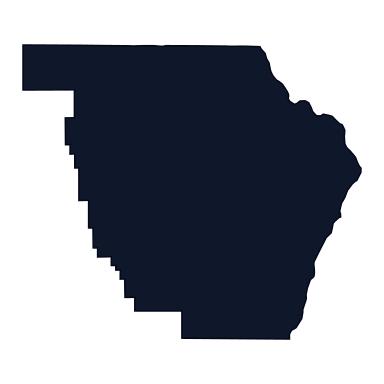 Wallowa, Oregon, United States of America
{"feature_id": "52423323B53292465895893", "entity_name": "Wallowa", "entity_type": "district", "adm_level": 2, "iso_a3": "USA", "parent_name": "United States of America", "parent_adm1": "Oregon", "projection": "mercator", "projection_center": [-116.925, 45.54], "detail": "fine", "context": "isolated", "style": "filled", "palette": "ink", "viewbox_px": 384, "rotation_deg": 0, "n_neighbors": 0, "source": "geoboundaries", "source_scale": "gbopen_adm2", "svg_char_len": 2062}
<svg xmlns="http://www.w3.org/2000/svg" viewBox="0 0 384 384"><path d="M289.5,339.0L289.4,335.8L289.5,334.1L289.8,333.4L291.5,330.3L296.0,327.7L301.2,319.5L301.6,318.8L301.8,318.1L302.8,312.2L302.8,309.5L306.1,299.5L306.3,298.1L306.0,295.0L306.1,294.3L307.4,287.9L309.1,283.1L310.1,280.3L311.0,279.0L311.1,278.9L312.4,278.0L313.6,276.7L313.9,276.3L314.3,274.1L314.4,272.3L314.3,269.4L313.8,264.2L314.0,261.9L318.6,252.5L324.6,240.8L326.2,237.6L331.1,232.9L332.2,228.3L333.1,223.3L334.7,221.4L335.9,220.3L338.5,217.9L339.0,217.5L340.6,217.0L340.5,213.8L339.7,211.5L339.7,211.2L340.9,205.5L342.0,201.9L343.0,200.7L344.9,197.2L347.5,190.3L352.2,184.0L355.0,181.4L356.6,180.6L356.8,180.4L360.9,172.4L361.0,168.3L360.6,167.6L359.6,166.7L358.9,165.4L357.8,163.3L356.7,160.6L355.5,157.4L354.0,155.5L350.1,150.9L347.5,148.5L346.5,147.3L344.9,144.0L344.7,142.5L344.3,136.6L344.8,130.4L344.5,129.5L342.4,125.1L341.9,124.5L340.9,124.3L339.5,123.7L335.5,119.8L332.1,116.3L329.4,115.5L323.3,114.2L322.5,114.6L321.7,115.4L320.2,115.9L317.2,115.8L315.9,115.2L312.6,111.5L311.1,107.4L308.8,103.0L308.6,102.7L306.3,101.4L305.5,101.0L304.7,100.8L300.1,101.0L299.1,101.6L298.1,102.6L296.8,103.5L295.8,103.9L294.8,104.2L294.0,104.1L289.7,101.3L288.5,99.2L288.3,98.7L288.3,97.6L288.6,96.5L288.6,95.2L288.1,93.4L287.1,91.4L286.7,90.7L282.7,84.6L281.6,83.5L279.2,81.7L276.1,79.8L273.1,76.0L272.5,75.0L271.0,71.9L270.3,69.7L269.0,62.9L266.5,58.6L265.1,53.5L261.0,48.8L260.0,46.7L254.5,46.5L244.4,46.2L229.8,46.3L225.6,46.1L193.8,45.8L193.4,45.8L192.9,45.8L165.9,45.7L162.2,46.4L154.0,45.7L143.0,45.7L135.2,45.9L135.1,46.0L134.1,46.0L128.6,45.8L106.6,45.6L81.0,45.3L23.0,45.0L23.0,90.0L24.1,90.0L74.4,89.8L74.4,117.8L65.3,117.9L65.5,144.7L70.1,144.7L70.0,154.1L74.7,153.9L74.8,168.0L78.9,167.9L78.9,200.5L88.6,200.3L88.6,228.0L93.0,228.0L93.2,247.9L97.6,248.0L97.6,257.0L111.3,256.7L111.3,265.5L115.8,265.5L115.8,270.1L120.3,270.0L120.2,279.1L124.7,279.0L125.0,297.4L134.8,297.3L134.8,311.0L181.9,311.0L181.9,338.2L289.5,339.0Z" fill="#0f172a" stroke="#020617" stroke-width="1.5"/></svg>